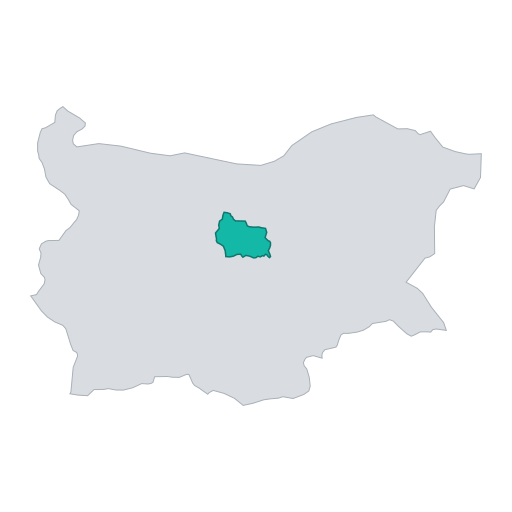 where Gabrovo sits in Bulgaria
{"feature_id": "BGR-2246", "entity_name": "Gabrovo", "entity_type": "Province", "adm_level": 1, "iso_a3": "BGR", "parent_name": "Bulgaria", "parent_adm1": "", "projection": "orthographic", "projection_center": [25.265, 42.966], "detail": "fine", "context": "in_parent", "style": "filled", "palette": "teal", "viewbox_px": 512, "rotation_deg": 0, "n_neighbors": 0, "source": "natural_earth", "source_scale": "10m", "svg_char_len": 3018}
<svg xmlns="http://www.w3.org/2000/svg" viewBox="0 0 512 512"><path d="M446.3,330.4L436.3,329.0L432.8,329.6L430.7,332.1L426.1,331.8L420.3,331.9L414.5,334.9L411.2,336.2L406.7,333.7L398.3,326.2L393.2,321.0L389.4,319.7L385.7,321.4L372.4,323.5L369.3,326.7L363.2,330.3L357.1,332.1L348.2,333.4L343.5,333.3L340.9,335.0L338.8,340.1L337.3,345.1L336.0,347.1L324.9,349.7L322.5,352.6L321.9,355.4L322.1,358.2L313.2,355.6L306.4,357.4L304.8,359.6L303.4,362.6L304.2,365.9L306.8,369.0L309.3,377.6L310.2,386.1L308.8,391.0L303.7,394.5L293.1,398.5L282.8,396.7L278.3,398.2L270.7,398.8L263.7,399.8L252.9,403.3L243.2,405.4L234.4,398.3L224.1,393.4L213.2,390.4L209.4,392.5L207.7,394.2L198.7,387.8L194.6,385.5L192.7,383.1L189.0,374.6L186.7,374.3L179.2,377.4L172.0,377.2L167.6,376.5L154.7,376.7L152.9,382.4L151.3,383.3L148.5,384.0L141.6,383.6L132.8,387.7L123.3,390.1L115.9,390.0L108.4,388.6L103.8,389.4L94.0,389.6L87.6,395.7L78.0,395.1L69.9,393.8L70.9,391.9L73.2,367.3L77.5,356.4L77.4,354.1L76.6,352.4L73.1,350.5L70.7,344.5L65.8,328.7L62.9,325.4L54.7,321.9L47.5,317.1L41.5,311.0L30.7,295.9L36.5,294.6L38.3,291.7L44.2,283.8L45.0,279.8L44.5,277.5L40.8,273.5L38.5,265.0L40.7,257.1L41.0,253.0L39.2,248.9L41.4,243.9L45.6,241.3L48.1,240.6L58.9,240.4L66.0,230.5L70.2,227.4L74.5,221.9L76.5,219.8L78.5,215.4L79.3,210.9L71.0,204.3L68.3,199.4L64.7,194.1L59.7,190.3L49.7,183.7L46.0,177.2L44.4,168.9L42.0,162.5L39.1,158.4L38.7,155.0L37.6,150.9L37.6,142.9L40.3,132.4L42.0,128.7L45.5,127.8L54.8,122.4L55.4,115.2L57.2,110.7L60.2,108.3L62.9,106.6L67.7,111.0L79.6,118.0L85.4,123.0L85.0,126.1L82.1,129.0L76.8,131.8L73.6,135.6L72.6,140.4L73.3,143.8L76.9,146.9L98.8,143.6L120.8,146.1L150.4,153.2L170.1,155.8L184.7,152.9L211.6,158.6L236.7,163.9L260.8,165.4L274.3,161.3L283.8,155.8L291.9,145.5L311.8,131.8L331.2,123.9L356.5,117.4L373.4,114.9L375.9,117.0L397.8,128.9L407.4,128.7L415.3,130.6L418.2,133.8L420.2,134.6L430.5,131.2L435.3,137.9L442.8,147.1L455.3,151.6L466.3,154.0L469.7,154.3L481.3,153.7L480.5,177.5L474.1,188.9L463.5,185.6L450.2,189.1L443.6,201.9L439.7,205.8L436.2,210.3L434.4,226.7L434.7,253.5L429.7,256.9L425.0,258.1L406.1,282.2L417.5,288.5L422.7,293.4L431.4,307.2L443.7,322.7L446.3,330.4Z" fill="#d9dde1" stroke="#a8b0b8" stroke-width="1"/><path d="M225.8,256.6L225.8,255.6L225.2,250.8L223.4,246.2L220.5,244.2L217.4,242.7L216.7,241.6L216.3,240.3L216.6,238.8L216.2,237.4L215.5,233.0L219.3,228.4L218.7,225.1L219.6,221.1L222.3,219.2L222.9,215.4L224.1,212.3L227.4,212.8L230.3,213.8L230.8,215.7L232.4,216.9L233.6,219.4L235.5,220.9L245.2,221.1L246.3,223.2L247.2,225.8L249.1,226.7L253.8,227.2L258.9,227.0L261.1,227.7L265.5,228.4L266.7,232.3L265.1,237.7L268.2,240.8L269.6,241.2L270.5,242.7L270.5,245.3L269.8,247.6L268.3,250.7L270.0,254.7L270.5,256.6L269.5,257.6L268.0,256.4L266.8,254.7L265.6,254.2L263.9,256.1L262.5,255.6L261.4,256.3L260.1,256.9L258.9,256.5L257.7,256.3L255.9,257.7L253.6,257.9L249.8,256.2L245.9,255.4L242.9,257.2L241.7,255.9L240.7,254.2L237.0,254.4L233.3,256.2L229.5,256.9L225.8,256.6Z" fill="#14b8a6" stroke="#0f766e" stroke-width="1.5"/></svg>